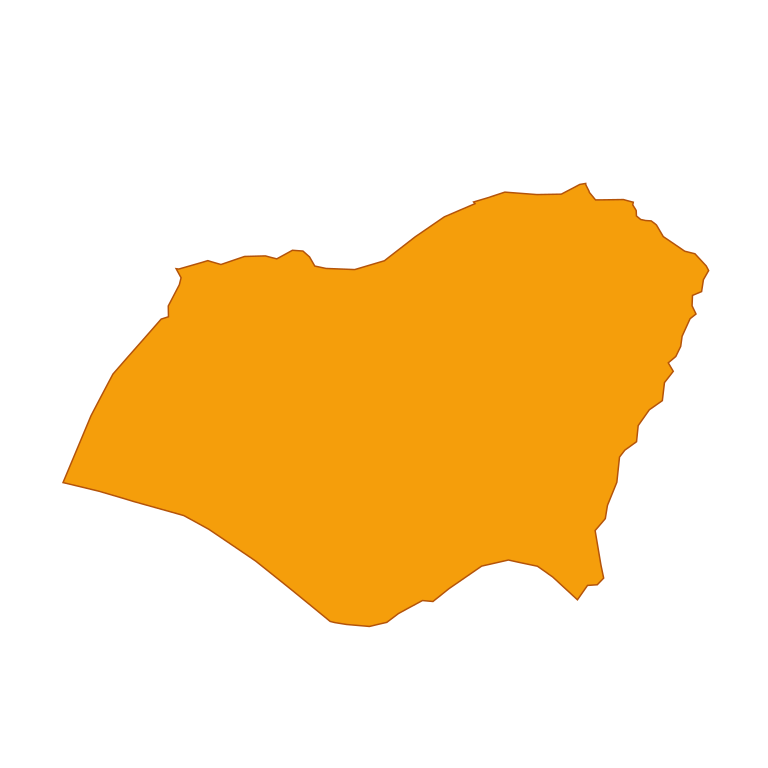 Doe, Nimba, Liberia, rotated 284°
{"feature_id": "62588387B53345215693508", "entity_name": "Doe", "entity_type": "district", "adm_level": 2, "iso_a3": "LBR", "parent_name": "Liberia", "parent_adm1": "Nimba", "projection": "natural_earth1", "projection_center": [-8.791, 6.605], "detail": "fine", "context": "isolated", "style": "filled", "palette": "amber", "viewbox_px": 768, "rotation_deg": 284, "n_neighbors": 0, "source": "geoboundaries", "source_scale": "gbopen_adm2", "svg_char_len": 1862}
<svg xmlns="http://www.w3.org/2000/svg" viewBox="0 0 768 768"><g transform="rotate(284 384 384)"><path d="M627.4,531.2L625.0,525.7L611.1,510.1L604.8,486.6L599.4,454.8L589.5,439.1L582.3,426.9L581.0,428.7L571.3,415.9L560.8,402.1L534.3,378.6L507.2,357.3L503.7,354.6L488.0,328.0L487.8,327.2L482.1,299.8L481.7,288.3L489.3,281.0L493.4,273.2L491.6,262.8L479.5,249.7L479.5,243.2L479.6,238.0L478.7,234.7L474.0,217.8L460.5,196.9L460.9,186.3L461.1,183.2L457.8,177.7L445.9,157.1L445.6,154.4L438.0,161.4L430.8,161.4L407.5,155.8L397.1,158.6L393.4,152.6L393.1,152.1L369.6,140.0L348.6,129.1L328.1,118.6L324.9,117.8L303.0,112.4L282.4,107.4L274.5,106.2L210.7,96.4L211.0,132.9L209.9,160.0L209.4,169.8L208.0,218.6L207.9,221.6L200.7,249.0L197.5,257.8L190.9,275.8L181.2,302.2L163.7,340.3L154.1,360.7L150.0,369.4L140.6,389.2L140.6,393.9L141.6,405.8L144.8,425.8L144.9,426.5L145.2,428.5L149.8,437.3L153.4,444.4L164.7,453.5L171.1,460.4L183.2,473.7L184.8,484.1L201.2,496.6L230.9,522.8L232.3,525.5L234.6,530.1L242.5,545.7L243.3,547.2L243.6,558.5L244.3,577.0L243.9,578.0L241.9,583.2L239.7,588.9L239.4,589.5L237.6,594.3L221.4,623.9L237.8,630.2L240.8,639.5L248.8,644.1L260.8,638.3L292.9,624.3L297.6,626.7L306.9,631.3L320.0,630.2L321.1,630.3L345.0,633.7L370.1,630.2L378.1,633.7L389.1,643.0L405.1,640.7L409.8,642.5L423.2,647.7L435.2,658.1L453.2,655.8L462.4,659.9L466.3,661.6L473.3,654.7L481.3,660.5L492.3,662.8L502.4,661.7L521.4,665.2L527.4,669.8L534.4,664.0L544.6,661.9L550.5,669.8L562.5,668.7L571.7,671.3L572.5,671.6L573.6,670.7L576.5,668.1L585.6,654.2L585.6,649.9L585.6,643.7L594.6,619.3L604.2,609.9L605.0,608.3L606.9,603.8L605.9,598.2L605.8,594.7L605.7,593.4L608.1,588.3L613.2,586.8L613.9,586.2L618.0,582.0L618.5,582.0L620.7,581.9L620.8,574.8L620.9,571.7L615.3,550.6L613.8,544.7L619.6,536.9L620.7,536.3L626.0,531.7L627.4,531.2Z" fill="#f59e0b" stroke="#b45309" stroke-width="1.5"/></g></svg>